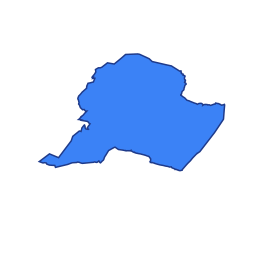 Rendalen nor, Hedmark, Norway (Natural Earth projection), rotated 323°
{"feature_id": "86288312B88288048958724", "entity_name": "Rendalen nor", "entity_type": "district", "adm_level": 2, "iso_a3": "NOR", "parent_name": "Norway", "parent_adm1": "Hedmark", "projection": "natural_earth1", "projection_center": [11.219, 61.807], "detail": "fine", "context": "isolated", "style": "filled", "palette": "blue", "viewbox_px": 256, "rotation_deg": 323, "n_neighbors": 0, "source": "geoboundaries", "source_scale": "gbopen_adm2", "svg_char_len": 5232}
<svg xmlns="http://www.w3.org/2000/svg" viewBox="0 0 256 256"><g transform="rotate(323 128 128)"><path d="M137.2,61.7L136.0,63.9L133.2,65.0L132.5,65.1L130.1,65.7L129.8,65.9L129.7,66.0L129.8,66.2L130.8,66.7L131.1,66.8L130.8,67.2L130.3,67.5L130.1,67.5L131.4,68.4L128.1,70.4L124.8,69.1L123.0,68.2L120.3,69.7L120.1,69.9L120.1,70.0L119.9,70.1L119.7,70.4L119.5,70.5L119.0,71.1L118.9,71.3L115.1,71.6L114.5,71.7L113.3,71.7L111.7,72.1L109.9,72.5L107.9,72.8L107.5,73.0L106.5,73.7L106.0,73.9L105.9,74.0L105.7,74.3L105.6,74.5L105.4,74.8L105.3,75.2L105.4,75.4L104.1,78.4L103.0,79.1L103.0,79.8L103.0,80.5L102.2,83.1L102.4,84.2L102.7,86.1L104.1,86.8L104.2,89.0L105.2,89.7L102.1,90.2L100.2,90.7L98.5,90.7L98.3,90.7L98.4,90.8L97.8,90.9L97.7,90.8L97.0,90.8L96.9,90.9L97.0,91.0L94.1,91.5L93.7,91.5L95.5,93.2L96.1,94.0L95.5,94.0L98.7,97.4L99.0,97.8L99.4,98.1L99.5,98.2L99.6,98.8L99.9,99.4L99.9,99.8L99.8,100.5L99.9,101.6L100.1,101.8L99.6,102.0L98.8,102.3L98.2,102.5L97.5,102.6L97.2,102.8L96.3,103.1L95.8,103.2L95.8,103.3L95.6,103.7L95.5,104.3L95.5,104.6L95.6,104.8L95.7,105.1L95.3,105.1L95.0,104.7L94.8,104.4L94.6,104.2L94.3,104.0L93.9,103.5L93.7,103.0L93.7,102.6L93.8,102.3L94.5,100.9L94.8,100.7L94.8,100.3L94.8,100.1L94.8,99.9L95.1,99.6L95.1,99.4L94.7,99.3L92.3,99.9L91.8,100.1L91.2,100.2L90.9,100.5L88.4,102.5L88.0,101.9L87.8,101.7L87.7,101.4L87.1,101.1L78.9,101.4L74.9,104.1L54.7,109.9L49.7,101.4L36.9,101.4L38.8,104.4L39.3,104.9L40.7,105.6L41.7,106.9L41.4,107.9L42.8,110.2L45.0,112.2L47.0,113.8L46.4,115.8L57.9,120.8L62.3,122.1L63.6,122.9L66.3,124.7L67.0,124.7L68.2,125.8L69.3,127.6L70.3,128.8L78.8,134.0L79.5,134.5L81.1,135.1L81.5,135.8L82.0,136.4L82.6,136.8L84.9,136.8L84.9,137.0L84.8,137.3L84.8,137.5L84.7,137.6L84.7,137.8L84.8,138.4L84.9,139.0L85.1,139.3L87.5,138.9L89.1,138.8L89.9,138.4L91.3,137.4L92.5,136.8L93.5,136.5L99.0,134.3L100.0,134.5L101.8,134.7L105.1,135.2L106.1,135.5L106.6,136.9L107.1,138.5L107.4,139.4L110.7,142.7L112.4,144.7L112.6,144.7L112.6,144.8L112.7,145.0L112.8,145.0L113.1,145.3L113.5,145.6L113.8,145.7L113.9,145.8L114.0,145.9L114.1,146.0L114.3,146.1L114.5,146.2L114.6,146.4L114.9,146.6L115.4,147.1L115.7,147.2L115.9,147.2L116.0,147.3L116.1,147.5L116.3,147.4L116.5,147.5L116.3,147.6L116.4,147.9L116.6,147.9L116.5,148.0L116.8,148.4L117.2,149.0L117.3,149.5L117.4,149.8L118.2,151.2L118.4,151.1L118.5,151.1L118.7,151.5L118.8,151.7L118.8,152.0L119.0,152.2L119.1,152.6L119.5,153.1L120.2,153.8L120.4,154.1L120.5,154.1L120.7,154.4L120.8,154.7L121.3,155.0L121.5,155.2L121.8,155.7L122.3,156.1L122.4,156.3L122.9,156.9L123.1,157.2L124.3,158.7L124.9,159.5L125.0,159.5L125.2,159.8L125.3,160.1L125.6,160.5L125.9,160.8L126.2,161.4L126.3,161.6L126.4,161.8L127.5,163.1L127.6,163.5L127.6,163.8L127.5,164.0L127.5,164.5L127.6,165.0L127.5,165.4L127.5,165.6L127.4,166.1L127.5,166.3L127.3,166.6L127.1,166.9L126.8,167.1L126.3,167.8L126.0,168.0L125.7,168.0L125.8,168.2L125.7,168.5L125.4,168.9L125.2,169.0L125.4,169.2L125.6,169.5L125.8,169.8L126.2,169.9L126.6,170.1L126.7,170.4L126.8,170.6L127.0,170.9L127.7,171.6L127.7,171.8L127.9,172.2L128.1,172.4L128.3,172.7L128.6,173.0L128.7,173.3L130.0,175.0L131.4,176.8L133.4,178.9L134.3,180.0L134.6,180.3L134.7,180.6L136.7,182.7L137.2,183.4L137.7,184.2L138.9,184.9L139.2,185.1L139.1,185.7L139.1,186.1L139.2,186.3L139.3,186.5L140.8,188.9L140.6,189.4L141.1,189.7L141.7,190.2L142.1,191.1L142.3,191.3L142.5,191.4L142.5,191.6L142.7,191.8L142.9,192.1L143.0,192.4L143.5,193.0L143.9,193.4L145.2,194.0L145.6,194.2L145.9,194.3L146.3,193.9L151.8,192.7L154.4,192.2L158.2,191.7L160.9,191.0L161.8,190.8L166.8,190.0L167.8,190.0L168.1,189.8L168.4,190.0L171.2,190.1L194.5,183.7L208.6,178.8L209.6,178.4L215.4,171.8L219.1,167.7L219.1,167.0L218.5,167.0L218.1,166.9L217.2,166.4L216.6,166.2L216.3,165.9L216.2,165.5L216.0,164.7L215.5,164.3L215.4,163.8L215.3,163.7L215.2,163.2L214.0,162.0L213.0,160.8L211.8,161.3L211.3,160.8L207.6,159.7L206.8,158.3L205.5,157.5L205.3,156.8L204.0,155.9L203.9,155.6L202.5,155.0L201.5,154.9L202.0,154.5L201.6,152.7L200.5,151.7L199.1,151.0L197.6,150.8L197.3,149.8L196.1,148.1L193.6,144.0L193.3,143.3L191.8,141.3L191.7,140.6L191.4,138.0L190.8,136.5L190.6,135.8L190.2,134.3L190.0,133.7L189.9,133.6L190.0,133.4L190.4,133.0L191.1,133.1L191.6,132.7L192.3,132.1L192.6,131.9L192.8,131.6L193.8,131.3L194.9,131.2L195.5,131.1L195.8,130.9L196.0,130.7L196.6,130.1L197.2,129.6L197.5,129.5L197.9,129.2L198.3,128.8L199.0,128.3L199.3,128.1L200.0,128.1L200.4,128.0L200.7,128.0L200.9,127.9L200.9,127.7L201.0,127.5L201.1,127.1L201.0,126.6L200.7,126.1L200.6,125.9L200.6,125.6L200.8,125.5L201.3,125.2L201.6,125.2L202.0,125.1L202.6,124.5L202.7,124.3L202.7,124.1L202.3,123.7L202.4,123.4L202.5,123.1L203.0,122.2L203.5,121.7L203.8,121.6L204.1,121.3L204.6,121.1L204.7,120.8L204.8,120.5L204.6,120.3L204.5,119.9L204.3,119.7L203.9,119.4L203.7,119.2L204.0,118.8L204.1,118.7L204.3,118.5L204.4,118.0L204.0,117.7L203.9,117.5L203.6,116.9L203.6,116.7L203.6,116.4L203.8,116.2L203.6,116.0L203.6,115.9L204.1,115.4L204.2,115.1L204.3,115.0L204.3,114.8L204.6,114.5L204.7,114.3L204.6,114.2L204.4,114.1L203.5,113.7L200.0,104.5L196.7,100.7L188.5,90.9L187.3,89.5L186.6,85.4L181.6,76.1L180.3,74.7L170.3,67.8L164.9,68.2L155.5,68.6L150.8,63.6L143.6,63.7L142.0,63.2L140.6,62.1L137.2,61.7Z" fill="#3b82f6" stroke="#1e3a8a" stroke-width="1.5"/></g></svg>